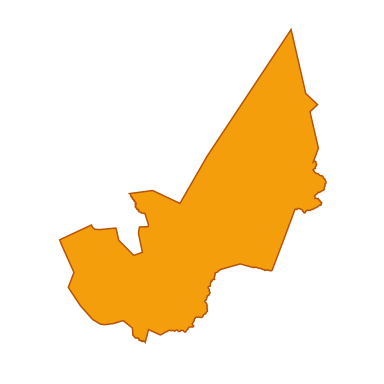 the district of Bulolo District, Morobe, Papua New Guinea, rotated 257°
{"feature_id": "67681753B86108611128530", "entity_name": "Bulolo District", "entity_type": "district", "adm_level": 2, "iso_a3": "PNG", "parent_name": "Papua New Guinea", "parent_adm1": "Morobe", "projection": "albers", "projection_center": [146.652, -7.383], "detail": "fine", "context": "isolated", "style": "filled", "palette": "amber", "viewbox_px": 384, "rotation_deg": 257, "n_neighbors": 0, "source": "geoboundaries", "source_scale": "gbopen_adm2", "svg_char_len": 5834}
<svg xmlns="http://www.w3.org/2000/svg" viewBox="0 0 384 384"><g transform="rotate(257 192 192)"><path d="M328.0,325.1L223.7,215.0L223.6,214.9L183.6,177.7L202.3,154.0L204.5,130.8L203.7,131.5L202.4,131.5L201.4,131.6L201.0,132.1L200.8,131.8L200.1,132.5L199.5,132.7L199.4,132.4L199.0,132.5L198.5,132.5L198.3,132.9L197.9,133.1L197.7,133.5L197.4,133.3L197.1,133.4L196.6,133.4L196.4,134.2L196.2,134.3L195.6,134.1L195.2,134.3L194.9,134.3L194.2,134.8L193.7,135.1L193.3,135.0L193.5,134.7L193.5,134.4L193.1,133.9L191.9,133.9L191.5,134.3L191.2,134.1L190.7,133.9L190.5,133.4L190.1,133.4L189.8,133.8L189.4,133.8L189.0,134.1L188.6,134.2L188.4,134.5L187.6,134.4L187.3,134.9L187.1,135.6L186.9,135.4L186.6,136.0L186.2,136.0L186.1,135.8L185.7,135.9L185.6,135.6L184.6,136.0L184.2,136.9L183.9,137.3L183.3,137.8L183.0,137.8L182.3,139.7L181.7,141.3L170.4,142.2L170.1,142.2L169.5,142.0L168.9,141.9L168.4,141.3L168.1,141.2L168.2,140.8L169.7,133.0L165.7,131.2L163.2,130.5L144.4,130.1L143.3,121.0L161.3,109.8L171.3,109.8L174.0,109.7L176.1,93.8L177.6,88.7L178.7,88.0L179.3,87.5L179.9,87.4L180.6,87.0L181.1,86.9L181.7,86.6L182.2,86.7L182.5,86.6L175.2,52.3L171.2,52.8L140.2,58.9L126.9,50.0L106.5,57.6L90.0,66.6L83.8,73.1L82.4,76.9L82.1,79.6L81.8,83.3L81.5,85.4L81.5,85.9L82.2,96.0L72.9,103.3L65.9,102.2L65.3,102.6L64.4,102.9L63.9,103.2L63.3,103.5L62.9,103.6L62.4,104.1L62.3,105.2L62.0,105.6L62.0,106.1L61.7,106.3L61.7,106.9L61.3,107.2L60.8,107.3L60.5,107.1L59.7,107.0L59.2,107.6L58.9,108.4L59.0,108.8L58.4,109.2L58.4,109.3L58.0,109.2L58.0,109.6L57.5,110.2L57.9,110.4L58.0,110.8L57.5,110.8L57.4,111.2L57.3,112.2L56.3,112.5L56.0,112.6L67.7,118.7L59.9,128.9L60.0,129.9L60.3,130.6L60.4,131.5L60.5,132.3L61.1,133.3L61.6,134.3L61.5,135.4L61.7,136.8L62.2,137.9L62.4,138.6L62.2,139.5L62.0,139.9L61.6,140.1L61.6,140.7L61.6,141.5L61.3,141.8L61.4,142.3L60.8,143.4L60.3,143.7L60.3,144.0L60.8,144.7L61.1,145.6L60.9,146.5L60.1,147.0L59.3,147.4L58.9,147.9L59.0,148.7L59.1,149.5L59.5,149.8L59.7,150.5L59.3,151.5L58.9,152.3L58.1,152.7L57.3,153.2L57.1,154.1L57.3,154.6L58.0,155.1L58.5,155.8L58.7,156.1L59.3,157.2L59.9,157.2L60.3,158.0L60.8,158.7L61.0,159.6L60.8,160.4L60.5,161.4L60.3,162.4L60.5,163.2L61.4,163.5L61.8,163.0L62.6,162.7L63.4,162.4L64.0,163.2L64.4,163.5L64.8,164.0L65.6,164.4L65.8,165.0L66.6,165.2L67.4,165.6L67.9,166.0L68.1,166.8L68.8,167.0L69.2,167.5L68.9,169.0L68.6,169.4L68.6,170.5L68.1,171.6L67.6,172.8L67.8,173.8L68.3,174.7L69.2,175.3L69.6,175.5L70.1,176.0L70.1,176.9L70.4,177.1L70.5,177.5L70.4,178.1L71.3,178.6L72.0,179.4L72.2,180.1L73.5,180.4L74.6,180.6L75.2,180.8L76.1,180.4L76.4,180.4L77.5,181.2L78.7,181.2L79.7,181.2L80.9,180.7L81.6,180.1L82.8,179.8L83.3,180.4L83.7,181.6L85.2,182.5L86.5,183.2L87.5,183.7L87.4,184.5L87.6,185.2L88.7,186.0L89.4,186.6L89.8,187.0L90.9,186.5L91.9,186.6L93.0,186.9L93.6,186.8L94.5,186.2L95.6,186.2L96.1,186.7L96.2,187.5L96.1,188.2L96.3,188.8L98.0,189.0L98.4,189.3L99.2,189.6L99.8,190.3L100.6,190.4L100.8,190.8L100.7,191.3L100.8,191.6L101.0,191.8L101.8,192.0L102.0,192.3L102.0,192.9L101.9,193.6L101.7,194.0L101.8,194.4L102.5,194.3L103.4,194.3L104.1,194.8L104.5,195.0L104.9,195.3L105.7,195.4L106.1,195.7L106.5,196.1L107.6,196.2L108.1,196.6L108.1,197.5L108.0,198.4L108.3,198.8L108.8,199.8L109.4,200.6L109.4,201.1L110.0,201.6L111.1,222.7L104.4,235.1L104.7,235.9L104.5,236.4L104.3,237.2L104.0,237.8L103.8,238.5L103.0,239.4L102.6,239.9L102.4,240.6L102.2,241.3L101.9,241.9L101.6,242.4L101.1,242.8L100.9,243.2L100.5,243.7L100.4,244.2L100.0,244.9L99.3,245.0L99.1,245.8L99.4,246.3L99.3,246.9L99.3,247.3L99.1,247.5L99.2,248.0L98.6,248.5L98.3,249.3L98.0,250.3L97.4,251.0L97.6,252.0L97.9,252.6L130.9,274.6L144.6,283.6L152.1,288.5L152.0,288.8L151.9,289.1L151.7,289.4L151.5,290.0L151.4,290.4L151.5,290.6L152.0,290.8L152.1,291.5L152.0,292.1L151.8,292.6L151.3,293.3L150.8,294.4L150.1,294.8L149.6,295.3L149.2,295.6L148.6,295.6L147.9,295.9L147.0,296.2L146.8,296.4L146.5,296.7L146.3,297.1L146.2,297.4L147.1,298.0L147.3,298.6L148.3,299.5L148.3,300.0L148.1,300.6L148.0,301.2L147.8,301.7L147.7,302.2L147.5,302.9L147.6,303.5L147.8,303.9L148.1,304.5L148.2,304.9L147.9,305.5L147.8,306.0L148.2,306.7L148.4,307.3L148.6,307.9L148.7,308.4L148.8,309.2L149.0,310.1L149.2,310.7L149.7,311.5L149.8,311.8L150.1,312.4L150.3,313.1L150.4,313.8L150.3,314.2L150.1,314.5L150.6,315.1L151.6,315.3L151.8,315.6L152.2,315.8L152.6,316.0L153.2,315.1L153.4,315.0L153.9,315.1L154.3,314.9L154.7,314.5L155.0,314.2L155.5,314.2L155.8,313.9L156.1,313.7L156.5,313.7L157.1,313.6L157.2,313.1L157.2,312.6L157.7,312.2L157.8,311.9L157.9,311.7L158.1,311.3L158.1,310.9L158.1,310.4L158.4,310.5L158.7,310.6L159.3,310.6L160.0,310.7L160.6,310.6L161.0,311.2L161.3,311.6L161.4,312.0L161.6,312.5L161.9,312.9L162.1,313.2L162.3,313.7L162.8,314.5L163.2,314.6L163.4,314.8L163.4,315.1L163.1,315.6L163.1,316.0L163.1,316.7L163.2,317.1L163.6,317.8L163.8,318.4L163.9,319.0L164.1,320.3L164.4,320.8L164.8,321.6L165.0,321.7L165.9,321.6L166.3,321.6L166.8,321.9L167.1,322.2L167.5,322.7L168.0,323.1L168.6,323.1L169.1,323.2L169.6,323.2L170.0,323.3L170.1,323.6L170.1,324.0L170.6,324.6L171.2,324.8L171.9,324.7L172.4,324.6L173.2,324.5L173.7,324.4L174.4,324.5L174.8,324.4L175.1,324.2L175.3,323.7L175.7,323.4L176.5,323.2L177.3,323.1L178.0,322.8L178.3,322.6L178.6,322.1L179.0,320.8L180.0,319.7L180.4,319.6L180.9,319.4L181.3,319.1L181.6,318.7L181.8,318.3L181.9,317.7L182.1,317.3L182.8,316.8L183.3,316.4L183.6,316.1L184.0,315.8L184.4,315.7L184.9,315.7L185.3,315.5L185.6,315.2L186.3,314.9L186.7,315.0L186.8,315.3L186.8,315.7L187.0,316.0L187.0,316.4L187.2,316.9L187.2,317.4L187.3,317.6L187.5,317.7L188.1,317.6L188.6,317.7L188.8,317.9L189.2,318.5L189.6,318.7L189.9,319.1L190.3,319.2L190.6,319.6L190.8,319.6L192.3,319.2L192.9,319.5L193.5,319.5L194.1,319.0L194.5,318.5L194.4,317.9L194.2,317.3L194.0,316.9L206.2,325.0L243.6,325.0L248.9,334.0L262.3,325.0L328.0,325.1Z" fill="#f59e0b" stroke="#b45309" stroke-width="1.5"/></g></svg>